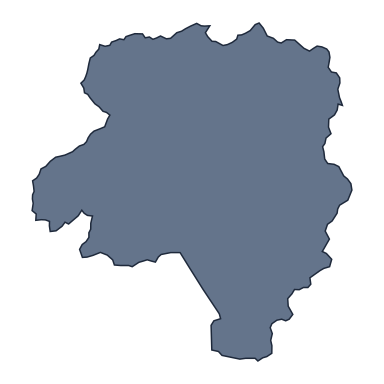 Caconde, São Paulo, Brazil
{"feature_id": "56859067B24712398589608", "entity_name": "Caconde", "entity_type": "district", "adm_level": 2, "iso_a3": "BRA", "parent_name": "Brazil", "parent_adm1": "São Paulo", "projection": "albers", "projection_center": [-46.63, -21.556], "detail": "fine", "context": "isolated", "style": "filled", "palette": "slate", "viewbox_px": 384, "rotation_deg": 0, "n_neighbors": 0, "source": "geoboundaries", "source_scale": "gbopen_adm2", "svg_char_len": 2688}
<svg xmlns="http://www.w3.org/2000/svg" viewBox="0 0 384 384"><path d="M339.6,205.2L347.8,200.2L351.9,190.1L350.9,183.7L347.5,179.0L343.7,175.9L338.8,166.6L334.1,164.3L327.7,163.5L324.7,159.0L323.9,151.8L322.6,146.7L324.9,143.5L326.0,138.1L331.0,133.7L328.5,127.2L328.8,119.1L334.5,114.9L337.2,110.0L338.1,104.1L342.4,105.4L341.2,101.9L339.5,97.6L337.8,89.2L339.9,83.0L339.7,77.9L336.3,72.9L331.4,72.0L328.2,67.3L329.3,61.2L329.9,57.3L329.0,52.0L326.7,49.0L321.9,46.9L317.1,46.1L313.7,48.2L309.5,51.1L303.9,48.3L294.7,40.1L286.5,39.7L281.2,43.0L277.6,42.1L273.4,38.3L267.2,36.0L263.3,28.2L259.1,23.0L255.2,24.6L250.2,30.6L245.4,33.3L241.6,34.9L237.9,35.2L236.7,39.1L232.2,42.4L227.4,44.6L223.0,45.5L215.7,41.5L212.0,41.3L207.7,36.6L205.4,32.7L209.8,25.8L204.6,26.1L201.1,25.8L196.7,23.4L190.6,26.1L185.4,28.8L181.6,31.2L176.8,32.7L170.6,38.3L166.4,38.8L160.5,36.0L156.5,38.0L152.9,39.3L149.4,37.0L145.2,37.8L142.5,33.9L134.8,33.7L129.8,35.3L126.0,36.6L123.9,39.7L119.6,38.9L116.2,40.5L111.6,42.1L109.8,45.3L105.1,46.3L99.7,44.6L98.8,49.1L95.9,52.3L94.0,55.4L90.3,58.0L88.9,63.6L87.8,69.4L86.9,73.1L85.7,76.6L84.2,80.0L80.9,83.2L83.8,88.1L84.5,92.8L87.7,94.3L90.2,98.0L94.9,103.8L99.0,106.7L103.0,111.3L106.5,112.4L109.9,115.1L107.6,119.0L104.7,126.8L100.2,128.7L94.0,131.1L90.5,134.2L88.2,137.7L86.5,141.7L83.9,144.4L79.4,146.0L75.2,149.3L72.6,151.7L64.9,155.1L59.9,156.3L55.7,157.2L50.3,161.3L45.8,166.4L41.0,168.9L39.2,174.3L36.6,178.1L32.6,180.8L33.5,186.0L34.1,191.4L32.6,194.8L32.4,199.0L33.2,203.3L32.1,210.6L36.2,214.0L35.8,220.3L41.3,219.7L45.4,219.9L49.5,221.4L49.4,225.9L50.2,231.5L56.1,230.8L62.2,226.1L65.0,222.2L68.6,224.0L72.8,220.4L78.2,215.8L81.8,210.2L84.1,213.2L87.4,215.4L92.5,216.0L90.8,223.2L90.7,229.2L88.9,232.7L88.9,237.4L86.0,241.7L82.2,244.5L79.6,249.4L82.4,257.4L87.0,257.1L92.9,255.4L100.4,252.4L107.3,255.1L112.7,259.9L114.4,265.0L120.5,265.5L128.7,265.5L132.2,266.7L135.4,264.6L138.9,262.3L143.1,261.1L147.2,259.8L151.5,261.1L155.4,262.1L158.3,257.0L161.1,254.5L165.1,253.7L170.7,252.6L180.1,252.6L189.2,267.3L194.1,275.1L203.0,289.3L219.3,313.8L220.6,318.7L213.9,320.8L211.1,325.3L211.8,350.0L218.5,351.5L222.0,355.4L239.8,359.1L245.7,358.3L250.2,358.3L255.1,358.3L257.9,361.0L262.7,357.8L266.8,356.6L271.8,353.3L271.9,345.7L270.7,340.4L272.3,333.6L270.2,327.7L271.9,323.7L276.9,320.2L281.7,319.2L285.7,320.8L289.2,319.2L292.8,314.4L288.2,306.2L287.7,298.6L291.9,293.9L294.5,289.5L299.2,289.7L303.4,287.5L307.9,287.5L310.8,284.2L309.9,277.8L320.0,270.6L323.8,268.4L329.6,266.7L331.7,259.3L326.4,253.5L322.3,251.5L329.4,239.1L325.2,231.1L327.5,224.3L332.1,221.0L337.1,213.2L337.7,209.0L339.6,205.2Z" fill="#64748b" stroke="#1e293b" stroke-width="1.5"/></svg>